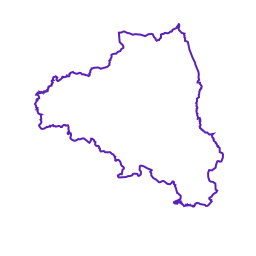 outline of Ponorogo, Jawa Timur, Indonesia, rotated 76°
{"feature_id": "22746128B39928875112308", "entity_name": "Ponorogo", "entity_type": "district", "adm_level": 2, "iso_a3": "IDN", "parent_name": "Indonesia", "parent_adm1": "Jawa Timur", "projection": "robinson", "projection_center": [111.509, -7.971], "detail": "fine", "context": "isolated", "style": "outline", "palette": "violet", "viewbox_px": 256, "rotation_deg": 76, "n_neighbors": 0, "source": "geoboundaries", "source_scale": "gbopen_adm2", "svg_char_len": 5752}
<svg xmlns="http://www.w3.org/2000/svg" viewBox="0 0 256 256"><g transform="rotate(76 128 128)"><path d="M98.6,47.3L95.9,47.4L93.1,46.3L90.5,46.1L82.6,47.3L80.9,47.1L75.4,48.3L66.9,49.4L59.3,49.1L58.7,49.3L57.2,51.6L54.6,50.8L53.4,51.4L52.2,50.8L50.7,51.0L50.1,50.4L48.7,52.9L45.2,54.8L43.6,54.9L41.8,53.7L39.8,53.3L39.5,53.7L41.2,55.2L41.7,56.2L42.7,56.7L43.5,61.0L44.7,61.8L45.1,62.5L44.7,63.7L45.4,64.7L45.8,66.3L44.6,69.3L45.3,70.7L45.0,72.0L45.3,73.4L48.5,74.2L48.8,75.2L50.1,76.5L49.8,77.3L50.3,79.0L49.2,79.7L47.9,79.6L46.0,80.8L43.1,81.3L42.4,82.2L42.0,85.7L43.0,89.1L40.5,93.1L38.7,98.4L38.7,100.7L36.5,103.6L35.6,105.7L33.4,108.3L33.3,109.4L33.8,111.3L33.3,113.8L42.6,115.3L46.6,112.9L48.3,112.8L49.2,113.3L49.7,115.2L51.5,116.9L51.6,119.0L52.4,120.8L53.0,121.3L52.6,123.5L52.8,125.8L53.2,126.5L55.1,126.7L56.8,128.3L57.7,128.5L57.7,129.2L58.2,129.9L60.1,129.8L60.8,130.5L62.2,130.7L63.7,133.4L63.9,140.2L63.2,140.7L62.0,142.5L61.3,146.9L61.6,147.9L61.4,148.9L61.8,149.0L63.4,150.8L64.7,151.0L66.0,152.5L67.1,152.2L67.9,153.0L68.0,153.9L67.1,154.5L66.3,156.7L65.7,156.9L65.0,158.6L65.0,159.5L63.1,160.7L62.7,161.9L63.0,162.5L62.9,165.0L61.1,167.5L60.3,167.9L60.6,170.6L61.3,171.0L61.6,171.9L61.9,171.7L63.5,172.5L63.3,174.0L62.3,174.6L63.3,175.7L63.3,177.4L62.4,179.0L62.5,179.3L63.3,179.2L63.4,179.8L64.7,181.8L64.7,182.7L65.3,183.5L65.4,184.8L64.5,185.5L63.3,185.7L62.0,184.4L60.9,185.1L60.3,185.8L60.7,186.5L60.6,187.7L60.9,188.3L62.7,189.2L63.6,188.8L63.5,190.2L63.9,190.7L64.4,190.5L64.3,190.1L64.9,190.5L65.9,190.0L66.8,191.4L67.1,191.2L67.6,191.8L68.3,191.9L68.6,195.0L69.3,195.0L69.8,195.8L70.7,195.8L71.4,197.2L72.2,196.9L72.2,197.3L72.8,197.4L72.8,198.9L72.3,199.3L73.1,200.4L72.4,200.7L73.0,201.2L72.6,202.3L73.3,202.4L72.2,203.5L72.8,203.9L72.9,204.5L72.8,205.2L71.6,204.9L71.3,205.3L72.0,205.6L72.4,206.2L71.9,207.1L72.5,207.6L72.8,208.5L73.5,209.0L73.9,207.7L74.5,207.2L76.0,206.9L77.7,207.0L77.8,208.7L78.2,208.6L78.5,209.3L78.7,209.0L79.4,209.2L79.4,210.0L80.2,210.4L82.2,212.5L84.2,211.8L85.9,212.2L86.7,210.9L87.7,211.4L88.0,212.1L88.5,211.2L90.2,211.8L91.0,211.4L91.8,211.6L92.7,211.0L94.1,208.6L94.3,209.2L94.8,209.6L98.4,210.0L98.8,210.9L100.6,210.4L101.8,210.9L102.7,211.7L103.4,213.2L104.2,213.7L106.9,212.8L107.9,212.0L108.2,211.4L108.2,209.1L107.3,206.4L107.7,205.6L107.4,204.3L107.7,203.5L107.5,203.4L107.8,203.2L107.2,202.4L107.4,201.3L106.9,200.1L108.3,199.6L108.3,198.7L109.2,197.7L109.3,194.4L110.5,192.9L110.8,192.9L111.0,191.8L110.3,191.4L109.5,189.4L109.8,188.4L110.6,188.0L110.8,185.7L112.8,185.4L114.7,186.1L117.3,186.0L117.4,186.8L118.0,187.6L118.8,187.9L119.5,187.4L119.0,186.0L119.4,184.8L121.4,185.1L123.1,186.1L124.3,186.3L125.4,185.6L127.0,183.9L127.6,182.5L127.2,180.3L126.6,178.9L127.4,177.5L127.1,174.1L127.6,173.2L133.0,169.1L132.4,168.1L130.0,166.3L129.5,166.3L129.7,165.3L131.9,163.8L132.9,164.0L133.7,163.0L135.8,163.8L137.0,163.6L138.0,162.6L138.0,161.5L138.3,161.0L139.6,160.6L140.6,160.9L141.2,160.2L142.4,160.6L144.1,160.2L144.6,156.9L146.0,156.1L147.2,151.1L149.1,150.0L150.2,148.6L151.8,148.1L152.7,147.4L153.0,147.9L154.7,147.7L156.4,148.2L156.9,147.7L156.4,146.9L156.5,145.2L157.2,144.5L158.6,143.8L160.4,143.5L161.5,143.7L163.3,143.2L164.2,142.2L165.4,141.6L166.5,141.9L167.2,143.4L171.4,145.3L170.7,146.6L171.6,149.3L172.8,149.4L173.8,148.7L175.1,141.9L174.7,139.3L175.1,138.4L175.1,137.0L174.9,135.3L173.9,134.4L173.8,133.1L174.8,130.0L176.5,129.8L177.1,129.2L176.8,128.0L176.2,126.9L173.6,126.0L171.6,126.9L168.2,125.9L167.7,125.5L167.6,125.1L168.0,123.6L169.5,121.3L171.5,119.4L174.5,115.2L174.8,115.2L175.3,116.4L175.9,117.1L177.4,116.3L179.7,116.9L182.9,115.4L184.8,113.3L188.0,111.1L188.4,110.2L187.8,107.4L188.1,106.3L189.6,104.8L191.2,103.9L191.4,103.2L192.0,102.9L192.7,100.9L191.8,98.8L190.7,97.9L190.9,97.1L191.5,96.5L193.6,97.0L194.9,95.8L195.8,96.6L197.4,96.1L203.0,96.0L203.8,94.9L204.8,94.5L206.2,93.4L207.0,93.3L209.5,94.3L210.2,97.0L211.2,96.9L211.2,97.5L210.8,98.1L211.1,98.5L210.7,98.8L211.1,99.2L210.6,99.8L211.3,100.8L211.2,101.4L211.8,101.4L212.1,100.7L212.6,100.7L212.7,100.4L212.4,99.0L213.3,98.8L213.4,98.5L212.2,97.5L211.7,97.6L212.4,96.6L212.2,96.3L211.7,96.5L211.8,95.2L212.7,95.9L213.3,95.3L213.0,94.7L213.7,94.6L213.6,94.1L214.7,94.1L215.0,93.6L215.7,93.4L216.7,92.5L217.3,92.5L217.3,90.9L216.6,90.4L217.1,89.9L216.7,89.3L217.5,89.3L217.6,88.5L217.2,88.4L217.8,87.2L217.5,86.5L218.1,86.4L219.1,84.4L219.6,84.3L220.1,83.5L220.0,83.0L219.5,83.1L219.7,82.6L219.4,82.1L218.0,81.3L217.4,79.6L218.0,77.6L219.3,76.4L221.2,72.0L222.5,71.2L222.7,70.0L222.3,68.6L219.4,64.6L218.7,65.1L218.0,64.7L217.7,65.4L216.5,66.3L215.5,66.0L214.9,63.5L213.3,62.0L212.6,60.7L211.7,57.7L210.3,56.6L209.3,57.6L208.6,57.8L203.1,56.7L200.9,58.6L199.8,61.0L198.7,61.8L194.9,62.0L191.1,61.2L188.5,59.5L189.4,56.7L187.6,52.5L185.6,51.8L182.1,49.6L181.8,48.8L182.3,47.6L183.0,46.9L182.9,45.4L179.6,43.1L176.8,42.3L175.4,42.4L173.6,44.8L169.4,43.9L168.0,45.0L168.0,45.4L167.4,45.6L167.1,45.1L166.6,45.6L164.6,45.9L164.1,46.5L163.2,46.3L161.3,47.8L159.9,47.8L159.7,47.5L159.4,47.8L158.6,47.6L157.7,48.4L155.8,48.3L155.0,48.0L154.3,46.8L154.1,50.6L151.6,52.2L151.1,54.2L150.1,54.6L148.9,55.8L147.9,56.1L147.3,57.1L146.7,57.0L145.5,58.1L144.7,57.8L144.1,58.2L143.7,58.1L143.0,57.0L141.6,56.8L140.9,57.2L139.9,56.7L138.7,56.9L138.4,56.8L138.4,56.1L137.6,56.3L137.2,55.8L135.7,56.0L135.9,58.0L134.6,57.4L132.2,57.8L130.9,57.2L130.6,57.6L127.9,57.5L127.1,56.9L125.9,56.8L125.4,55.8L124.4,55.8L123.4,56.3L121.6,55.6L120.8,55.5L120.3,55.9L119.1,54.7L116.2,54.0L115.2,51.6L113.1,51.4L112.2,50.7L109.7,49.9L109.2,49.2L108.1,48.9L107.6,47.5L106.9,47.5L106.7,47.0L105.7,46.5L104.7,46.5L102.5,47.6L101.5,47.2L100.6,49.5L98.9,48.3L98.6,47.3Z" fill="none" stroke="#5b21b6" stroke-width="2"/></g></svg>